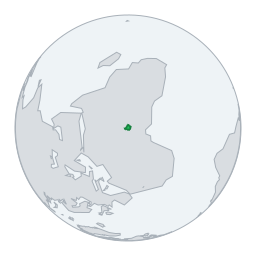 globe centered on Ouham, rotated 212°
{"feature_id": "CAF-810", "entity_name": "Ouham", "entity_type": "Prefecture", "adm_level": 1, "iso_a3": "CAF", "parent_name": "Central African Republic", "parent_adm1": "", "projection": "orthographic", "projection_center": [17.885, 7.097], "detail": "fine", "context": "on_globe", "style": "filled", "palette": "green", "viewbox_px": 256, "rotation_deg": 212, "n_neighbors": 0, "source": "natural_earth", "source_scale": "10m", "svg_char_len": 8506}
<svg xmlns="http://www.w3.org/2000/svg" viewBox="0 0 256 256"><g transform="rotate(212 128 128)"><circle cx="128" cy="128" r="113" fill="#eef3f6" stroke="#a8b0b8"/><path d="M95.2,20.2L95.3,20.2L92.0,21.3L91.6,21.4L95.2,20.2ZM91.1,21.6L90.6,21.8L88.9,22.4L91.1,21.6ZM88.8,22.4L89.9,22.0L85.9,23.5L90.3,21.9L87.5,23.1L84.8,24.2L84.5,24.1L82.9,24.8L88.8,22.4ZM64.7,34.8L63.9,35.4L64.7,34.8ZM60.7,37.6L58.1,39.7L60.0,38.3L63.4,35.7L66.1,34.2L70.0,31.6L71.7,30.7L76.0,28.3L75.9,28.7L73.5,30.5L70.0,32.6L68.8,33.6L72.7,31.8L66.6,36.3L63.4,40.8L61.7,42.2L57.6,43.9L56.3,43.0L50.9,46.7L55.0,44.5L50.8,48.6L50.3,49.5L50.9,49.5L52.8,48.1L51.4,49.8L46.9,52.2L48.0,50.7L49.5,49.9L48.8,49.6L45.8,51.9L43.9,54.1L41.2,56.3L39.8,58.0L38.5,59.7L40.9,56.6L36.5,62.3L35.7,63.5L41.1,56.3L47.2,49.6L53.7,43.3L60.7,37.6ZM17.7,105.1L18.0,104.0L16.8,110.5L18.0,105.0L17.5,108.5L19.1,109.6L18.6,111.0L19.8,119.9L23.0,124.7L23.7,129.9L23.1,132.6L24.7,134.0L24.8,136.0L32.7,141.0L38.3,147.0L39.1,153.7L36.4,160.7L38.6,176.4L35.0,180.3L37.2,186.4L39.8,194.8L37.2,193.1L41.1,198.1L42.3,200.3L41.5,199.9L44.2,203.1L43.7,202.7L46.0,205.1L47.5,206.8L42.2,201.0L37.3,194.8L32.9,188.3L28.9,181.5L25.4,174.5L22.4,167.2L19.9,159.7L18.0,152.0L16.5,144.3L15.7,136.4L15.4,128.6L15.6,120.7L16.4,112.8L17.7,105.1ZM22.7,88.1L22.4,88.8L22.7,88.1ZM75.7,28.4L75.8,28.4L74.9,28.8L75.7,28.4ZM77.4,27.4L76.4,27.9L77.0,27.6L77.7,27.3L77.4,27.4ZM80.3,25.9L83.0,24.7L78.6,26.9L78.3,26.9L79.0,26.6L80.3,25.9ZM97.8,19.5L99.5,19.0L98.3,19.4L95.8,20.1L97.8,19.5ZM94.8,20.9L95.0,20.7L96.7,20.1L94.8,20.9ZM100.3,18.9L100.7,18.7L101.4,18.6L102.2,18.4L100.3,18.9ZM105.2,17.7L101.2,18.7L100.5,19.1L99.0,19.6L100.4,18.9L105.2,17.7ZM103.3,18.1L105.1,17.7L104.8,17.8L103.0,18.2L102.1,18.4L103.3,18.1ZM105.4,17.7L106.4,17.5L105.6,17.7L105.4,17.7ZM108.5,17.1L107.3,17.4L106.5,17.5L108.5,17.1ZM109.3,16.9L110.5,16.7L107.1,17.4L109.0,17.0L109.3,16.9ZM110.4,16.7L110.4,16.8L110.4,16.7ZM111.9,16.8L107.8,17.5L106.2,17.7L110.5,16.9L111.9,16.8ZM59.7,217.5L59.2,217.0L60.1,217.7L60.7,218.2L59.7,217.5ZM233.2,87.6L233.5,88.6L232.6,86.5L233.9,90.7L237.5,101.7L238.3,105.1L239.2,111.9L238.8,109.4L236.6,103.9L237.9,112.1L239.7,118.4L240.4,126.4L239.8,124.2L238.9,117.3L238.1,115.1L237.0,108.0L233.9,97.9L233.2,100.3L232.0,96.2L227.6,88.4L225.9,91.7L224.0,103.6L225.8,114.3L224.3,119.5L217.4,104.8L213.7,94.8L211.6,96.1L204.2,88.3L192.6,89.1L190.5,86.7L188.4,88.1L183.2,86.0L179.9,82.0L176.9,82.6L185.4,93.1L188.6,92.6L190.8,88.1L192.6,92.0L197.6,95.1L193.3,105.5L175.5,115.8L173.2,107.8L156.6,87.2L156.8,84.8L156.7,84.5L156.5,84.1L155.6,88.0L152.5,84.0L162.0,98.3L163.8,104.7L175.2,116.3L174.3,117.6L177.8,120.0L188.4,116.1L188.6,118.8L183.9,131.8L168.8,150.0L170.5,161.5L168.9,171.4L158.8,178.4L159.0,185.8L153.7,188.6L153.0,192.9L148.3,197.4L140.8,201.9L128.8,202.2L128.6,198.5L123.3,191.3L116.3,173.3L119.8,164.9L119.0,158.4L110.2,143.9L112.2,135.8L109.7,132.4L104.7,133.3L101.7,129.2L98.7,129.2L79.0,132.0L72.8,126.7L64.7,110.5L68.1,104.2L68.3,96.9L91.1,73.0L96.4,74.3L115.0,71.1L117.4,71.9L115.7,77.3L130.0,83.7L134.0,79.0L146.5,82.4L154.4,82.0L156.3,71.9L143.3,72.3L140.5,67.6L150.5,63.1L161.8,63.4L161.1,61.7L153.5,57.9L155.7,54.7L150.9,56.4L153.2,58.1L150.2,59.4L147.9,58.0L148.8,56.8L145.2,56.1L142.1,62.5L144.1,64.9L135.1,66.4L137.6,70.7L135.3,72.8L130.3,66.4L130.4,64.0L121.5,57.6L120.5,60.2L128.9,66.5L126.5,66.1L125.2,70.2L124.3,66.7L115.4,59.7L107.0,61.5L97.1,71.7L92.0,72.7L87.4,70.9L90.3,60.8L101.3,59.8L102.4,56.7L99.6,52.5L103.2,52.8L103.3,51.1L107.4,50.8L112.6,46.8L116.6,46.3L118.1,41.6L120.4,40.9L118.9,43.7L120.0,45.7L130.0,45.2L131.8,44.2L131.9,41.3L134.7,41.8L133.5,39.1L139.0,38.0L131.3,37.3L131.2,34.5L134.2,32.4L132.8,31.5L128.0,35.0L127.3,36.6L128.9,38.1L125.8,43.0L122.5,43.9L120.5,38.7L115.6,39.7L116.2,35.7L128.9,27.9L134.5,26.6L145.0,29.7L144.0,31.2L139.8,30.7L144.3,33.5L143.6,32.1L145.9,32.7L146.4,30.6L148.1,30.9L145.8,28.5L147.8,28.7L149.3,30.2L151.8,27.8L155.9,28.0L155.7,27.3L154.3,26.6L160.5,27.6L160.1,27.1L157.9,26.5L155.6,25.3L153.9,23.6L156.1,24.0L157.0,24.7L162.3,26.9L164.3,29.0L165.1,29.0L163.8,27.4L157.4,24.6L155.8,23.5L159.0,24.6L157.7,24.1L157.6,23.7L159.6,23.8L156.2,22.5L152.0,19.0L155.4,19.2L158.7,20.4L158.1,19.5L160.7,20.2L168.2,22.8L175.5,25.8L182.5,29.4L189.2,33.5L195.7,38.0L201.8,42.9L207.6,48.3L213.0,54.1L217.9,60.2L222.4,66.6L226.5,73.4L230.1,80.4L233.2,87.6ZM83.9,85.0L83.4,87.1L83.9,85.0ZM174.4,69.2L180.8,69.4L176.9,63.5L179.0,63.2L176.9,61.4L176.6,63.1L171.3,58.4L173.7,56.6L172.4,54.2L170.1,54.1L166.6,58.2L174.2,64.7L173.2,67.2L174.4,69.2ZM19.2,109.6L19.2,111.0L18.8,110.8L19.2,109.6ZM21.6,93.6L21.7,94.5L21.2,94.7L21.6,93.6ZM22.1,89.7L21.5,93.2L20.6,94.4L21.2,92.3L21.3,92.2L22.1,89.7ZM51.1,48.4L51.4,48.3L51.6,48.7L50.7,49.2L51.1,48.4ZM57.2,47.2L54.9,49.8L55.9,48.1L54.3,49.1L54.3,47.1L60.9,42.8L57.9,45.0L57.2,47.2ZM56.2,43.7L55.4,45.1L56.0,43.7L56.2,43.7ZM100.3,43.5L101.9,44.3L100.6,46.2L95.5,47.7L97.3,45.0L100.3,43.5ZM104.4,45.2L103.9,40.2L107.1,39.3L105.4,40.6L107.6,40.5L105.4,42.6L109.0,47.1L108.1,49.1L99.0,50.3L102.5,48.7L100.7,47.8L104.4,45.2ZM96.9,31.8L96.7,30.5L103.9,30.2L103.2,31.6L98.1,33.0L95.8,32.2L96.9,31.8ZM84.9,24.5L84.3,24.6L85.2,24.2L86.4,23.8L84.9,24.5ZM94.8,20.8L88.1,24.0L87.2,24.1L84.4,26.2L80.9,27.5L82.8,26.1L78.0,28.9L78.3,28.1L75.3,30.0L79.9,26.7L79.9,26.4L81.2,26.1L84.5,24.8L85.9,24.2L90.1,22.3L91.8,21.4L95.3,20.2L97.4,19.7L97.5,19.7L95.1,20.4L97.0,20.0L93.7,21.0L94.8,20.8ZM119.1,18.5L116.3,18.5L119.4,19.3L116.2,19.7L116.8,19.8L114.6,20.5L113.0,21.6L111.4,21.7L111.4,22.1L110.0,22.7L109.5,23.4L106.6,23.9L105.8,24.8L104.8,24.6L104.2,26.1L103.3,25.3L101.4,26.2L103.3,26.5L88.5,29.4L82.9,31.8L78.8,34.4L77.8,33.1L81.1,30.0L86.5,26.6L92.0,24.7L90.6,24.7L92.8,23.8L93.0,24.2L94.0,23.1L95.8,22.6L100.6,20.6L100.9,19.7L102.7,19.1L103.5,19.2L104.7,18.6L107.4,18.4L108.7,18.1L112.7,17.7L113.5,18.3L114.9,17.9L118.0,17.8L119.1,18.5ZM113.0,16.7L114.7,17.0L113.8,17.5L107.2,17.9L105.6,18.3L101.4,19.0L102.9,18.4L103.9,18.2L105.3,17.9L104.3,18.2L106.2,17.8L107.7,17.6L109.6,17.2L109.6,17.4L113.0,16.7ZM119.8,69.9L121.6,70.1L124.3,69.8L123.6,72.5L119.8,69.9ZM113.6,65.1L115.2,64.7L115.5,68.1L113.7,68.0L113.6,65.1ZM115.8,61.8L115.3,64.4L114.5,63.0L115.8,61.8ZM120.3,43.3L122.0,42.9L122.2,43.6L121.4,44.6L120.3,43.3ZM127.7,22.3L126.2,22.0L126.7,21.7L125.4,20.5L127.7,20.3L129.4,21.0L127.7,22.3ZM154.3,73.6L152.2,75.6L150.9,74.8L151.9,74.2L154.3,73.6ZM137.3,74.0L141.3,75.2L137.0,74.7L137.3,74.0ZM130.0,21.9L129.2,21.4L130.8,21.6L130.0,21.9ZM129.3,20.1L131.2,20.3L127.8,20.2L129.3,20.1ZM185.9,217.7L185.7,218.8L184.4,219.0L185.9,217.7ZM186.5,168.7L177.8,186.2L173.0,186.5L172.7,181.6L176.4,171.2L182.2,167.8L185.2,162.9L186.5,168.7ZM239.7,142.5L239.7,141.9L240.0,139.9L239.7,142.5ZM240.0,139.9L239.8,135.0L237.4,120.3L238.3,120.3L240.4,128.8L240.3,130.5L240.4,134.4L240.0,139.9ZM226.2,115.3L228.4,121.5L227.3,122.8L226.2,115.3ZM234.6,91.7L234.8,92.3L234.3,90.8L233.8,89.2L234.6,91.7ZM148.6,21.5L147.8,23.2L148.8,24.8L151.7,26.0L147.2,25.3L145.8,22.8L148.6,21.5ZM151.3,19.1L148.7,18.4L150.0,18.5L150.8,18.7L151.3,19.1ZM149.6,18.8L146.1,18.5L144.8,18.0L147.8,18.3L149.6,18.8ZM138.1,19.6L137.7,20.0L136.4,19.8L138.1,19.6ZM152.0,17.9L151.8,17.9L151.7,17.9L152.0,17.9Z" fill="#d9dde1" stroke="#a8b0b8" stroke-width="1"/><path d="M128.4,126.2L129.2,126.2L129.4,126.1L129.5,125.9L129.7,125.7L129.8,125.7L130.0,125.5L130.0,125.4L130.2,125.2L130.3,125.0L130.3,125.3L130.3,125.5L130.2,125.5L130.3,125.6L130.2,125.6L130.3,125.8L130.3,126.0L130.2,126.2L130.2,126.3L130.2,126.5L129.8,126.9L129.7,127.0L129.9,127.7L129.8,127.8L129.7,127.8L129.6,128.0L129.5,128.3L129.6,128.5L129.8,128.7L129.8,128.8L129.8,129.0L129.7,129.0L129.9,129.4L129.9,129.5L130.0,129.7L130.0,129.8L129.9,129.8L129.7,130.0L129.4,130.2L129.5,130.2L129.5,130.3L129.4,130.3L129.4,130.5L129.5,130.7L129.4,130.7L129.4,130.8L129.2,130.9L129.1,131.0L129.0,130.9L129.0,130.7L128.9,130.6L128.7,130.6L128.4,130.5L128.2,130.5L128.2,130.4L127.9,130.4L127.9,130.5L127.5,130.7L127.4,130.7L126.5,130.7L126.4,130.7L126.2,130.6L126.2,130.4L126.1,130.2L126.1,129.9L126.2,129.7L126.3,129.6L126.3,129.4L126.5,129.4L126.4,129.2L126.2,129.2L126.2,129.3L126.1,129.2L125.9,129.1L125.8,128.9L125.8,128.7L125.7,128.7L125.7,128.4L125.6,128.2L125.8,128.0L125.8,127.9L125.8,127.7L125.9,127.4L125.9,127.2L126.0,127.1L126.0,126.9L126.3,126.9L126.5,126.8L126.6,126.7L126.8,126.6L127.0,126.5L127.1,126.4L127.2,126.5L127.2,126.4L127.3,126.4L127.5,126.3L127.9,126.3L128.0,126.3L128.2,126.2L128.4,126.2Z" fill="#22c55e" stroke="#15803d" stroke-width="1.5"/></g></svg>